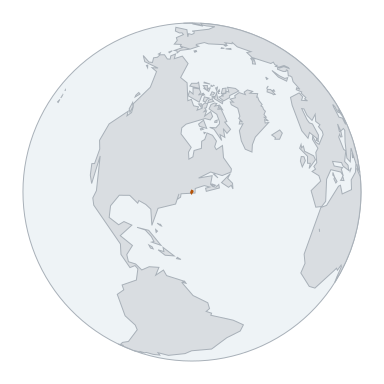 Rhode Island on an orthographic globe, rotated 23°
{"feature_id": "USA-3539", "entity_name": "Rhode Island", "entity_type": "State", "adm_level": 1, "iso_a3": "USA", "parent_name": "United States of America", "parent_adm1": "", "projection": "orthographic", "projection_center": [-71.395, 41.581], "detail": "fine", "context": "on_globe", "style": "filled", "palette": "amber", "viewbox_px": 384, "rotation_deg": 23, "n_neighbors": 0, "source": "natural_earth", "source_scale": "10m", "svg_char_len": 10360}
<svg xmlns="http://www.w3.org/2000/svg" viewBox="0 0 384 384"><g transform="rotate(23 192 192)"><circle cx="192" cy="192" r="169" fill="#eef3f6" stroke="#a8b0b8"/><path d="M184.3,360.8L186.5,360.8L183.4,360.7L189.1,360.0L185.7,360.2L186.8,357.6L191.9,354.4L195.4,340.2L191.8,336.7L178.8,332.1L163.2,315.4L167.4,308.7L164.0,304.9L175.2,294.8L172.2,283.9L168.3,282.0L164.4,285.8L151.0,277.2L146.4,267.8L106.7,242.5L103.0,236.2L103.5,228.1L93.4,194.7L96.3,223.4L91.8,216.2L88.7,205.0L91.2,203.9L90.3,188.5L86.7,180.5L89.1,161.7L101.7,142.5L102.4,147.3L105.3,142.5L104.6,136.4L103.5,133.6L112.7,111.9L112.3,95.0L106.6,93.2L112.3,91.2L97.6,90.5L93.8,85.4L101.6,89.2L105.0,88.2L104.2,83.5L107.5,81.5L109.0,78.2L113.1,76.4L117.3,79.2L120.0,78.2L119.3,75.0L122.9,71.4L123.6,76.2L130.0,70.7L138.2,75.3L136.8,91.1L144.8,93.4L152.5,109.6L155.2,107.0L159.8,112.0L164.7,111.1L164.7,114.7L168.6,110.9L167.6,107.8L169.0,105.1L171.8,104.4L172.3,108.8L171.0,109.8L172.6,110.7L171.7,113.3L173.7,111.6L174.0,117.3L177.8,110.7L181.5,114.5L180.6,118.5L175.3,119.3L160.1,131.8L157.5,136.9L159.2,142.8L173.8,151.2L173.2,156.6L176.3,163.0L179.1,159.3L177.7,153.0L183.6,148.2L181.1,141.5L183.2,138.7L182.8,131.8L188.7,131.8L194.6,135.6L195.2,141.5L197.8,143.5L201.9,137.3L207.6,148.1L219.2,155.3L220.1,158.4L213.3,165.1L201.4,166.3L192.6,176.6L204.2,169.1L206.1,177.7L208.9,178.9L212.2,178.2L213.7,174.6L215.6,177.6L204.9,185.8L203.0,183.2L206.4,180.5L200.8,181.3L193.6,187.5L195.2,191.8L182.6,197.9L183.5,201.2L181.3,204.6L180.7,198.8L181.6,209.5L167.1,220.3L168.1,238.4L160.8,223.9L154.3,221.5L146.4,220.6L146.4,223.5L136.0,219.4L126.3,223.4L122.4,236.5L125.7,247.8L137.3,250.8L140.9,245.8L149.6,246.0L143.0,260.2L158.1,264.5L156.4,275.1L160.7,281.0L168.3,280.3L176.2,283.4L181.8,277.5L191.0,274.3L191.1,282.8L196.2,275.0L201.3,278.9L219.4,277.2L218.1,279.3L233.4,286.9L249.8,287.8L253.7,292.5L251.7,296.4L257.4,295.9L257.5,298.1L280.0,293.9L291.2,294.2L290.7,301.1L281.0,312.5L271.4,328.9L253.7,338.3L248.7,343.5L234.1,351.6L223.5,353.2L226.1,354.7L219.8,356.6L212.7,357.5L211.2,358.6L205.9,359.1L209.2,359.3L200.5,360.5L202.6,360.6L202.2,360.7L184.3,360.8ZM33.0,161.6L34.2,158.4L33.8,161.9L33.0,161.6ZM34.8,155.4L34.4,156.7L34.7,155.4L34.8,155.4ZM34.9,153.8L34.8,155.0L34.8,153.9L34.9,153.8ZM34.9,152.0L34.9,152.9L34.9,152.0ZM167.1,244.2L184.3,253.2L174.4,253.9L176.3,252.5L172.0,248.9L163.8,245.2L155.2,246.0L167.1,244.2ZM35.3,148.4L35.5,147.4L35.7,147.9L35.3,148.4ZM175.1,235.1L172.1,234.3L175.1,234.4L175.1,235.1ZM102.4,132.8L104.3,136.5L103.7,142.9L101.7,140.0L102.4,132.8ZM104.1,121.2L105.9,122.1L102.5,126.8L102.5,124.8L104.1,121.2ZM101.7,92.5L102.6,95.0L100.6,93.3L101.7,92.5ZM108.5,78.1L107.2,78.1L108.5,76.4L108.5,78.1ZM179.6,132.4L181.2,132.1L180.5,133.5L179.6,132.4ZM178.0,129.7L176.0,131.5L175.0,130.6L176.2,129.4L178.0,129.7ZM116.0,72.2L118.6,69.7L116.7,72.7L116.0,72.2ZM180.7,127.7L173.3,128.6L171.5,126.9L174.6,121.4L180.7,127.7ZM120.5,68.6L126.7,62.9L124.3,62.3L134.5,61.2L125.9,66.2L124.0,69.8L123.1,68.0L120.5,68.6ZM166.1,107.1L167.2,110.4L163.7,108.4L166.1,107.1ZM163.5,106.5L150.7,104.9L150.4,100.0L154.7,101.4L152.3,95.8L158.4,94.2L161.2,96.9L160.1,100.3L163.3,97.1L163.5,106.5ZM139.2,61.7L141.3,60.9L139.9,62.3L139.2,61.7ZM169.3,103.9L166.7,103.9L166.2,99.6L171.3,98.8L169.8,100.5L169.3,103.9ZM148.6,95.3L149.2,92.1L154.3,89.9L155.2,88.4L158.5,93.7L148.6,95.3ZM171.3,101.1L173.9,98.6L176.6,100.1L171.7,103.7L171.3,101.1ZM164.0,98.9L164.0,96.8L165.7,97.7L164.0,98.9ZM187.8,104.2L184.7,104.1L184.2,101.8L187.8,104.2ZM174.6,97.6L173.7,97.2L173.1,96.3L175.3,95.1L174.6,97.6ZM161.9,91.9L164.0,91.7L160.8,89.6L164.6,88.0L166.1,91.9L167.0,89.6L168.1,89.1L168.1,92.9L161.9,91.9ZM175.9,91.3L179.2,96.1L185.0,96.8L185.5,98.8L176.1,97.4L175.9,91.3ZM171.3,91.9L174.3,91.9L173.6,94.3L171.1,95.7L171.3,91.9ZM166.5,85.6L160.4,86.9L160.3,86.1L166.5,85.6ZM177.8,91.0L176.9,89.9L178.3,90.8L177.8,91.0ZM170.1,86.6L168.0,87.2L167.9,86.2L170.1,86.6ZM177.1,87.2L178.1,88.7L176.5,89.7L177.1,87.2ZM174.0,86.6L174.4,85.0L175.2,89.1L173.1,87.0L174.0,86.6ZM170.4,85.6L169.7,85.2L171.3,85.5L170.4,85.6ZM182.8,83.0L184.2,87.9L180.5,89.9L179.7,84.8L182.8,83.0ZM317.3,78.7L319.5,81.2L319.8,81.5L330.0,94.5L338.8,108.4L335.3,105.2L333.3,102.5L333.1,102.3L332.8,102.1L336.4,107.1L334.3,105.9L340.8,112.1L342.6,115.4L347.6,126.2L351.9,137.3L355.3,148.7L358.0,160.4L359.8,172.1L360.8,184.0L360.9,195.9L360.2,207.9L358.7,219.7L358.5,213.5L358.7,202.4L357.8,201.1L356.4,207.2L354.8,205.7L353.5,208.8L342.7,232.4L336.8,233.1L323.8,224.0L323.9,213.5L319.5,205.4L316.7,155.9L321.1,151.7L324.6,129.4L326.0,127.8L331.0,135.1L337.9,127.5L333.8,118.6L334.7,109.9L331.8,101.8L321.2,89.4L325.9,102.4L321.3,100.3L313.3,86.0L308.5,75.5L306.5,74.4L305.1,77.8L299.4,72.5L304.1,78.8L305.6,78.4L308.5,82.5L307.3,83.3L305.4,81.2L305.5,84.0L314.9,93.5L317.4,94.0L320.6,104.3L325.2,106.4L327.7,110.9L320.9,109.1L318.1,106.5L309.4,108.9L312.7,112.5L321.1,110.7L320.5,112.6L325.0,118.1L321.1,115.5L311.1,117.2L310.9,127.6L318.7,148.4L317.0,154.7L311.9,157.6L301.1,144.2L306.2,131.7L302.4,127.4L294.5,126.2L296.8,122.7L294.2,120.9L295.4,116.3L290.5,107.1L290.8,102.5L282.3,96.5L281.3,93.5L286.6,97.8L290.4,98.5L290.3,88.0L288.3,85.3L282.9,82.4L283.5,80.1L278.3,78.7L275.0,72.3L274.5,79.2L268.1,76.6L262.6,71.8L260.4,72.3L269.4,80.3L273.0,82.5L276.3,82.3L286.1,90.1L287.6,94.3L276.9,91.3L277.8,97.2L269.2,92.8L250.3,73.0L245.7,66.4L251.9,58.9L256.7,61.1L256.9,64.8L262.7,62.9L259.3,62.3L259.9,60.6L253.8,58.3L253.9,57.0L248.0,57.1L247.5,55.3L251.2,55.3L241.9,50.9L239.0,47.2L236.8,46.8L235.3,47.5L232.6,42.7L231.1,42.7L231.4,44.3L228.7,45.4L222.8,45.6L222.2,43.9L224.2,43.6L227.6,40.7L233.1,40.4L232.3,39.8L227.3,39.6L223.2,43.1L219.8,43.8L221.1,41.8L220.4,42.5L218.5,42.4L216.1,40.7L214.4,42.9L194.7,44.7L188.0,42.2L191.4,39.8L176.9,40.7L170.6,38.6L170.9,39.9L164.2,41.7L166.1,42.3L165.7,43.2L149.3,49.2L145.0,49.6L138.3,54.5L138.5,55.3L141.3,55.2L134.5,61.2L124.3,62.3L124.4,60.4L117.9,62.8L119.2,58.3L117.3,56.0L122.6,50.4L120.6,49.4L118.2,50.5L113.8,50.3L112.8,46.7L123.9,44.6L127.5,50.8L127.0,47.6L130.2,47.1L131.9,45.2L131.2,43.3L129.2,43.9L143.9,35.6L148.4,30.9L140.6,33.4L136.0,34.3L134.3,33.3L137.4,32.1L149.1,28.6L161.1,25.9L173.3,24.1L185.6,23.2L197.9,23.1L210.1,24.0L222.3,25.8L234.3,28.4L246.1,31.9L257.6,36.3L268.8,41.5L279.5,47.5L289.8,54.2L299.6,61.7L308.8,69.9L317.3,78.7ZM323.5,176.1L325.0,178.8L323.5,176.1ZM307.3,69.7L301.8,64.0L297.5,61.5L295.1,59.2L294.5,59.4L297.2,61.4L294.9,61.5L290.1,57.6L287.3,56.4L289.0,58.3L298.1,65.7L301.6,65.2L305.7,68.8L307.3,69.7ZM220.0,277.0L222.2,278.4L219.3,278.8L220.0,277.0ZM173.0,257.6L176.6,258.0L178.5,259.5L175.7,259.8L173.0,257.6ZM204.0,257.9L208.2,258.4L203.8,259.4L204.0,257.9ZM187.0,254.3L200.6,257.8L192.0,260.7L183.4,258.5L189.4,257.8L187.0,254.3ZM173.2,240.7L175.5,241.5L174.8,243.2L173.2,240.7ZM177.2,235.2L176.3,235.3L175.2,233.8L177.2,235.2ZM206.7,177.2L207.6,176.7L211.0,176.6L209.4,178.2L206.7,177.2ZM225.9,168.1L228.5,173.2L225.5,170.5L223.8,173.4L215.5,171.8L220.1,160.0L219.5,165.5L225.9,168.1ZM205.7,166.8L210.4,168.9L205.0,167.1L205.7,166.8ZM278.7,116.6L281.3,115.8L284.1,118.9L283.7,125.8L279.7,121.2L278.7,116.6ZM284.4,114.0L274.0,109.7L273.8,105.6L275.6,108.5L276.6,106.2L279.8,110.5L289.9,111.2L293.0,114.1L290.6,124.6L289.7,119.4L287.1,120.4L284.4,114.0ZM247.6,109.4L243.1,108.4L248.5,100.6L252.1,102.5L252.0,109.2L247.7,111.0L247.6,109.4ZM187.7,118.2L185.6,119.0L185.4,117.7L187.1,115.9L187.7,118.2ZM186.4,104.3L196.6,113.6L194.8,114.9L203.0,119.2L201.3,124.4L196.0,121.4L200.9,128.9L195.4,128.2L199.2,133.0L187.7,125.6L183.0,125.6L188.9,123.6L190.6,118.7L189.9,116.6L184.5,110.8L175.2,108.8L175.4,104.0L178.0,101.2L180.3,100.9L179.4,104.0L183.0,101.5L183.5,105.8L186.4,104.3ZM208.5,75.7L206.6,78.5L214.0,75.8L214.5,79.4L215.3,78.9L217.9,81.6L222.4,84.1L221.8,85.8L223.8,86.1L225.5,88.0L228.0,89.0L228.0,92.6L231.1,94.1L229.3,95.0L234.6,96.8L230.6,97.1L232.4,99.9L235.4,98.1L228.8,116.7L229.1,124.9L231.6,131.8L224.3,131.8L217.4,125.6L211.6,117.0L212.3,109.3L208.9,111.0L208.3,107.9L211.2,107.9L206.3,106.0L206.5,103.6L201.4,97.0L194.1,96.3L192.0,94.1L195.0,93.1L190.8,91.6L195.1,88.3L193.7,86.7L196.5,82.1L203.1,81.5L201.0,79.7L203.1,76.4L208.5,75.7ZM183.8,81.7L191.5,79.7L195.6,80.8L189.0,88.5L189.7,90.4L185.6,95.7L179.7,94.1L181.4,92.6L181.7,90.9L183.4,92.1L182.3,89.9L184.6,87.9L184.3,85.7L186.9,85.6L183.8,81.7ZM324.2,123.2L324.6,121.6L324.5,118.5L327.4,122.1L324.2,123.2ZM317.5,124.5L317.4,122.5L321.4,125.7L320.9,127.5L317.5,124.5ZM314.0,118.9L317.1,122.2L315.1,121.5L314.0,118.9ZM286.2,95.9L285.7,93.9L286.9,94.2L288.8,96.1L286.2,95.9ZM230.5,69.6L228.8,70.7L227.8,70.1L222.0,70.5L221.2,68.1L224.3,66.9L230.5,69.6ZM324.0,93.2L326.8,97.4L326.3,97.7L325.5,96.2L324.0,93.2ZM328.7,110.2L329.2,107.4L329.4,111.2L328.7,110.2ZM228.6,67.0L226.4,67.4L227.3,65.9L228.6,67.0ZM220.3,66.3L220.8,64.6L220.4,67.8L220.3,66.3ZM218.1,48.9L227.1,50.9L233.0,51.2L235.4,49.4L235.8,53.0L226.7,52.5L218.1,48.9ZM197.6,45.2L195.5,47.2L193.9,46.1L194.1,45.6L197.6,45.2ZM198.2,46.6L200.5,49.5L197.6,50.4L196.4,47.9L198.2,46.6ZM214.9,57.4L217.6,58.1L216.8,59.2L214.9,57.4ZM126.5,36.2L126.9,36.2L119.8,39.4L118.1,40.1L119.6,39.3L126.5,36.2ZM125.0,37.1L128.5,35.7L136.9,34.5L136.9,35.1L126.7,37.1L129.5,36.0L128.7,35.9L125.0,37.1ZM140.5,60.1L141.2,60.8L139.4,60.9L140.5,60.1ZM166.9,43.5L166.1,44.6L164.0,44.5L166.9,43.5ZM162.7,47.7L165.7,47.1L162.8,48.5L162.7,47.7ZM172.2,45.6L167.0,47.1L171.6,44.7L172.2,45.6Z" fill="#d9dde1" stroke="#a8b0b8" stroke-width="1"/><path d="M192.3,191.6L192.3,191.8L192.2,191.8L192.2,191.7L192.3,191.5L192.2,191.5L192.1,191.4L192.0,191.5L191.9,191.7L192.0,191.8L191.9,192.0L191.9,192.3L191.9,192.5L191.7,192.6L191.2,192.7L191.0,192.8L190.9,192.8L191.0,192.8L191.0,192.7L191.1,192.3L191.1,192.2L191.1,191.9L191.1,191.6L191.1,191.4L191.1,191.2L191.1,190.9L191.1,190.7L191.3,190.7L191.5,190.7L191.9,190.7L192.0,190.7L192.0,190.8L192.0,191.0L192.1,191.3L192.2,191.5L192.3,191.5L192.3,191.6ZM192.6,192.2L192.5,192.3L192.4,192.3L192.4,192.2L192.4,191.9L192.4,191.7L192.5,191.7L192.5,191.8L192.6,192.0L192.6,192.2ZM192.2,192.0L192.3,192.0L192.3,191.9L192.4,192.1L192.4,192.3L192.2,192.3L192.2,192.2L192.2,192.0ZM191.6,193.1L191.7,193.3L191.5,193.2L191.6,193.1ZM192.1,192.1L192.1,192.3L192.0,192.2L192.1,192.1ZM192.2,192.0L192.1,191.9L192.1,191.7L192.1,191.8L192.2,192.0Z" fill="#f59e0b" stroke="#b45309" stroke-width="1.5"/></g></svg>